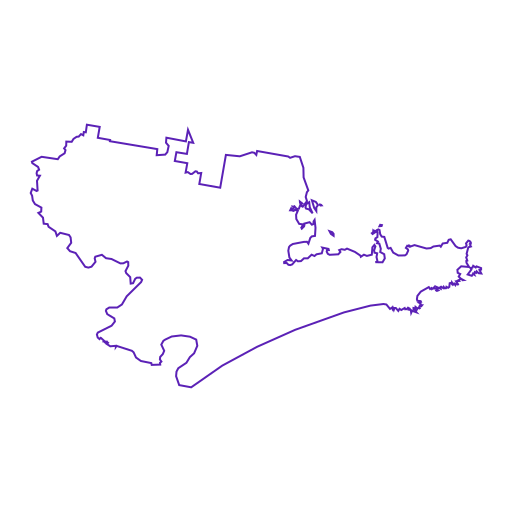 outline of Port Stephens, New South Wales, Australia
{"feature_id": "25037944B52772221720298", "entity_name": "Port Stephens", "entity_type": "district", "adm_level": 2, "iso_a3": "AUS", "parent_name": "Australia", "parent_adm1": "New South Wales", "projection": "albers", "projection_center": [151.986, -32.729], "detail": "fine", "context": "isolated", "style": "outline", "palette": "violet", "viewbox_px": 512, "rotation_deg": 0, "n_neighbors": 0, "source": "geoboundaries", "source_scale": "gbopen_adm2", "svg_char_len": 6074}
<svg xmlns="http://www.w3.org/2000/svg" viewBox="0 0 512 512"><path d="M39.1,169.7L37.1,171.1L36.6,173.3L37.1,175.5L39.9,175.7L37.0,180.8L37.6,190.5L36.6,191.0L32.3,188.7L30.7,193.0L32.1,195.7L32.8,200.5L35.0,204.1L41.4,207.6L41.2,211.6L38.4,212.9L43.0,217.7L43.7,223.7L47.6,224.1L48.6,226.8L55.4,231.4L56.9,235.9L60.2,232.8L69.0,235.0L70.6,237.4L71.2,242.8L67.3,248.1L70.0,251.2L75.6,253.0L85.2,266.8L88.4,267.6L91.5,266.7L95.5,261.8L94.7,258.3L95.3,256.7L101.9,254.8L106.0,258.2L111.5,259.0L120.4,263.4L123.3,263.3L127.0,261.5L128.2,262.1L128.3,265.7L125.5,271.1L126.2,273.1L130.2,277.1L130.7,283.6L133.1,283.2L135.2,278.8L136.8,277.7L140.0,277.6L142.1,279.8L141.1,282.1L126.7,296.3L121.9,304.5L117.3,307.5L109.3,307.5L106.4,309.3L105.9,310.9L107.3,314.2L114.3,318.4L114.9,321.5L111.6,325.7L97.8,332.6L96.9,334.5L97.7,337.5L99.5,339.1L100.6,337.8L100.9,337.9L104.2,340.9L103.8,341.4L106.0,341.6L105.1,342.5L106.3,343.4L107.4,342.3L108.0,342.8L106.8,344.0L110.3,346.3L116.0,345.8L115.9,346.9L116.6,345.9L131.9,350.8L133.6,352.3L136.0,357.5L140.9,361.0L151.3,363.1L151.7,364.9L160.2,364.6L160.0,362.8L161.4,361.6L159.9,359.4L160.2,356.9L162.8,354.1L164.2,350.8L161.3,344.6L163.4,340.8L165.2,339.6L171.7,336.5L181.1,335.4L190.0,336.7L196.2,339.6L197.3,345.8L194.1,353.3L189.9,357.1L186.4,362.8L178.3,368.2L176.5,371.6L176.1,376.2L179.2,385.1L191.2,387.3L222.3,365.6L257.1,346.8L295.2,329.8L344.0,312.4L370.5,305.6L383.5,304.0L386.4,304.5L390.0,308.9L392.1,307.5L392.5,308.7L392.9,307.7L393.8,309.9L394.5,308.0L395.8,308.0L398.3,310.9L399.5,308.8L401.3,310.0L404.7,308.0L405.6,310.1L405.3,309.0L406.8,309.2L408.0,307.7L409.6,308.6L409.0,309.7L410.8,310.0L411.2,312.8L412.1,310.8L416.4,312.3L415.7,311.5L416.5,310.2L413.5,309.1L413.5,308.0L415.3,308.4L415.5,306.9L417.6,308.6L418.8,307.6L420.1,308.9L419.3,306.7L419.8,305.6L421.3,306.2L422.1,305.2L421.0,305.1L420.5,303.5L419.0,302.7L421.0,301.9L420.6,301.1L417.4,300.8L416.9,299.2L417.4,295.9L420.8,291.6L428.8,287.1L430.1,289.0L431.4,288.1L431.9,289.1L434.4,287.1L434.4,288.5L436.2,288.2L436.8,289.2L438.0,288.4L437.1,287.2L440.6,288.7L440.2,287.3L441.1,286.7L443.2,288.1L443.7,286.9L444.7,288.3L446.0,288.2L446.4,286.8L448.1,287.8L449.3,286.9L449.7,283.2L450.9,282.9L451.9,284.0L452.0,282.5L453.4,284.4L454.2,283.6L455.4,285.2L456.3,283.4L458.5,285.0L456.1,281.3L458.8,281.0L458.1,280.4L461.1,278.9L458.7,276.6L460.2,274.0L457.7,272.8L457.4,269.8L461.2,266.3L469.1,267.0L466.5,262.8L466.3,261.0L467.3,260.6L466.2,257.4L467.4,255.3L466.6,253.8L468.3,247.3L470.9,246.5L470.2,245.4L470.7,243.7L470.0,243.6L470.7,242.3L469.6,241.0L468.3,240.6L466.0,243.4L466.6,245.2L465.8,246.9L461.2,248.3L458.0,247.7L455.6,246.1L450.7,239.3L448.7,239.8L447.3,242.8L442.7,243.5L440.8,246.7L439.7,245.6L433.4,246.5L430.7,248.1L426.5,248.5L414.5,245.1L410.2,246.6L409.6,245.7L409.0,245.4L408.1,245.3L409.5,245.8L409.4,246.6L407.4,245.8L407.7,245.0L405.9,247.9L407.9,249.4L408.2,250.6L406.5,254.3L404.9,255.4L398.4,255.5L393.2,252.6L390.6,247.9L388.6,248.6L387.7,247.9L384.3,236.9L381.7,236.6L380.2,234.2L379.5,230.0L378.3,229.4L376.9,230.1L377.2,231.5L376.1,231.2L377.6,232.9L377.4,237.1L375.4,238.4L375.1,239.8L378.0,241.6L377.1,243.2L379.3,243.6L380.8,248.8L380.2,252.0L384.2,254.2L384.8,258.4L382.5,262.3L375.4,262.2L377.5,261.4L376.5,257.0L377.2,253.3L374.5,252.7L374.1,250.4L375.4,246.4L374.4,244.9L372.4,247.3L371.8,254.7L366.9,255.9L363.9,254.7L360.8,256.8L360.4,255.6L354.9,251.9L347.0,248.6L344.8,249.8L341.6,249.2L339.2,250.1L340.4,252.0L338.3,254.3L329.6,254.8L327.8,253.8L326.7,251.6L327.0,250.2L328.8,250.1L328.5,248.9L322.3,247.6L323.0,248.8L321.8,253.3L316.5,254.3L314.5,256.0L311.6,254.7L307.8,258.3L304.0,258.3L301.0,261.1L297.9,261.3L296.1,260.0L292.2,264.4L290.3,265.1L288.4,264.8L286.7,263.0L284.2,263.1L284.1,262.0L287.6,260.0L291.6,260.5L289.4,257.5L288.3,250.7L289.0,247.1L290.1,245.7L292.8,244.0L303.8,241.9L307.0,241.8L308.4,243.7L310.3,237.9L311.8,236.4L315.0,235.9L315.5,227.8L314.6,219.9L313.6,221.4L313.5,222.9L314.2,223.2L313.5,224.0L311.9,224.7L309.6,222.2L304.3,223.6L304.4,225.0L303.4,225.4L304.0,226.5L301.7,228.5L301.1,226.8L301.5,227.5L302.1,226.3L302.6,227.2L303.5,224.4L299.2,223.9L296.3,219.0L296.1,214.7L297.8,210.8L295.0,209.9L293.7,210.3L293.6,211.7L293.2,210.4L290.2,210.3L291.1,208.5L291.4,209.3L294.1,207.7L293.3,206.7L294.3,206.9L293.8,205.6L296.8,209.0L298.9,208.7L301.1,202.8L300.0,202.7L299.9,201.6L302.0,203.3L301.4,203.5L301.6,206.1L302.7,206.7L307.0,201.1L305.7,197.0L306.9,192.2L308.3,190.4L303.6,177.4L303.4,167.8L299.8,156.9L295.0,156.2L290.1,157.8L288.2,156.5L257.1,151.0L256.3,154.9L254.3,152.8L252.0,152.3L239.8,156.3L225.9,154.9L220.2,187.7L199.3,184.0L201.2,173.0L198.1,173.3L196.8,171.5L195.4,171.3L192.1,173.9L190.5,174.0L187.8,172.1L185.6,172.6L187.3,163.2L174.8,161.0L176.4,152.2L186.9,153.9L188.9,142.1L193.2,142.8L188.0,129.8L185.9,141.4L166.4,137.7L166.0,142.7L168.7,145.9L167.3,152.2L165.2,154.6L156.7,155.2L157.3,149.1L109.9,141.2L110.1,140.0L97.8,137.8L99.7,126.9L86.9,124.7L85.8,132.3L83.8,132.0L83.3,135.3L81.0,134.1L78.7,136.6L76.6,136.8L73.5,138.9L71.7,141.8L66.3,141.6L66.2,145.7L64.1,148.4L65.5,150.1L64.6,153.3L59.7,156.4L57.8,159.2L41.6,156.8L31.9,161.7L32.3,163.1L38.1,167.0L39.1,169.7ZM476.6,271.3L478.6,273.2L481.3,273.5L479.5,270.0L481.1,269.6L481.1,268.1L476.5,266.4L475.7,267.5L473.2,265.8L472.4,267.7L470.3,267.9L471.4,269.5L467.7,274.5L471.8,275.8L472.9,274.0L474.2,274.7L473.6,273.4L474.5,273.4L474.8,272.1L476.1,272.8L476.6,271.3ZM316.3,207.4L317.9,205.2L317.4,204.1L315.8,201.9L311.9,200.3L314.2,207.9L316.3,211.0L316.3,207.4ZM305.5,207.5L306.1,208.6L308.9,209.3L312.6,213.3L309.8,207.3L309.2,202.2L306.1,204.3L305.5,207.5ZM329.5,231.2L330.9,233.9L333.6,235.8L333.6,233.9L332.3,232.2L329.5,231.2ZM371.9,233.2L372.6,234.0L375.0,232.4L373.3,230.6L373.1,232.4L371.9,233.2ZM379.5,226.2L381.6,226.0L381.9,225.1L380.2,224.8L379.5,226.2ZM436.1,290.4L436.9,290.9L438.2,290.4L436.6,289.4L436.1,290.4ZM319.2,204.2L320.5,205.5L321.6,205.4L321.2,204.9L319.2,204.2ZM462.0,279.3L462.5,280.2L463.5,280.1L462.0,279.3Z" fill="none" stroke="#5b21b6" stroke-width="2"/></svg>